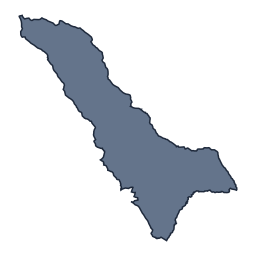 the district of Muereasca, Vâlcea, Romania
{"feature_id": "2599482B47458721645660", "entity_name": "Muereasca", "entity_type": "district", "adm_level": 2, "iso_a3": "ROU", "parent_name": "Romania", "parent_adm1": "Vâlcea", "projection": "robinson", "projection_center": [24.285, 45.218], "detail": "fine", "context": "isolated", "style": "filled", "palette": "slate", "viewbox_px": 256, "rotation_deg": 0, "n_neighbors": 0, "source": "geoboundaries", "source_scale": "gbopen_adm2", "svg_char_len": 5824}
<svg xmlns="http://www.w3.org/2000/svg" viewBox="0 0 256 256"><path d="M215.0,150.1L214.3,149.8L211.6,149.8L210.2,148.9L209.6,148.0L208.6,147.7L207.0,147.9L204.7,147.7L203.6,148.2L203.5,148.7L203.1,148.9L200.9,149.1L198.8,149.0L197.6,149.2L197.3,149.5L197.0,150.5L196.5,150.9L194.2,150.9L193.2,150.6L191.7,150.8L187.9,148.1L187.3,148.1L185.7,148.9L185.1,148.9L184.4,147.3L184.0,146.9L180.3,147.2L178.9,147.1L178.5,147.0L178.3,146.2L178.0,146.0L176.4,146.7L176.1,145.8L173.0,143.4L171.1,142.1L169.7,141.6L169.3,141.1L167.3,139.5L165.8,139.3L165.3,138.8L162.6,138.0L161.7,137.3L159.7,136.3L158.5,136.0L157.1,133.7L156.3,133.0L155.0,129.8L154.0,129.2L153.0,128.2L152.7,126.7L152.1,125.1L151.6,124.6L150.4,124.1L149.6,122.7L149.8,122.0L149.8,121.1L150.1,119.1L150.1,117.9L149.3,117.1L148.4,115.4L147.7,114.8L147.1,113.6L145.4,113.1L145.2,112.8L145.3,112.4L144.2,112.2L142.2,110.8L142.1,110.4L140.6,109.6L140.5,109.4L140.8,109.2L140.2,109.1L138.9,108.4L134.9,108.2L132.4,107.4L131.7,106.7L130.4,106.4L131.0,105.2L130.8,104.3L131.0,103.4L131.9,102.2L131.7,101.4L130.5,99.1L130.7,97.6L130.3,95.8L130.1,95.2L128.7,94.5L125.7,94.0L123.1,92.7L120.2,90.1L118.2,87.6L114.4,85.6L112.7,84.4L109.7,80.2L108.1,79.0L108.0,77.6L107.5,76.5L108.0,75.0L108.1,74.0L108.0,71.3L107.7,69.7L107.0,68.4L105.8,67.5L104.6,63.2L103.4,62.4L102.6,61.5L102.1,60.5L102.1,60.0L102.8,58.8L103.2,58.0L102.8,55.7L102.2,53.8L102.4,53.2L102.2,52.6L101.7,52.0L99.2,50.5L97.1,48.0L95.8,47.4L94.9,46.2L92.5,44.5L92.1,43.4L90.9,41.8L91.1,41.3L92.0,40.6L92.3,39.4L91.4,37.1L88.1,34.3L84.7,32.0L83.3,30.6L81.2,29.1L80.5,28.3L80.0,28.0L78.0,28.3L74.8,26.8L73.6,26.7L71.0,25.8L68.1,23.9L65.9,23.8L62.7,21.5L61.9,21.0L60.5,20.7L60.0,20.7L59.6,21.1L59.0,24.0L57.0,25.1L55.9,25.5L54.9,25.0L53.1,23.1L47.7,20.9L46.3,19.8L43.2,18.7L41.9,17.9L41.7,18.0L41.2,18.5L40.0,19.4L38.5,19.6L33.9,19.4L33.1,19.7L32.7,20.2L31.9,20.5L30.4,19.9L28.9,18.1L26.5,18.4L24.8,18.9L24.4,18.8L23.1,17.3L22.3,16.0L22.2,15.4L19.3,16.1L19.2,16.3L19.4,17.0L20.5,18.9L21.3,21.4L21.6,23.6L21.6,26.5L21.7,27.1L22.4,28.4L21.9,29.8L20.7,31.6L20.8,34.5L21.0,35.3L21.8,36.8L22.4,37.2L23.3,36.9L25.2,37.1L25.5,38.5L25.8,38.9L29.4,41.7L30.9,43.2L34.2,45.2L37.7,48.0L41.1,49.3L41.9,49.9L42.3,50.6L44.1,51.5L46.8,53.9L47.5,54.8L47.5,55.3L47.9,56.0L47.4,57.4L47.5,57.6L48.1,58.0L48.0,58.4L48.2,58.8L47.6,59.3L47.7,59.8L48.5,60.7L50.6,63.8L52.5,65.4L52.7,66.0L53.2,68.8L54.0,70.5L57.3,74.3L57.5,75.6L58.3,77.1L59.7,78.5L61.9,81.7L63.6,83.1L64.0,83.8L64.3,84.7L64.4,85.6L64.0,86.3L63.9,87.6L63.2,89.4L64.6,91.2L65.5,95.1L69.1,98.0L70.4,98.7L72.6,100.4L74.0,102.5L74.2,103.6L76.1,105.8L76.4,106.5L76.5,107.1L77.3,107.9L78.5,110.6L79.5,111.6L80.8,112.0L81.7,112.8L82.1,115.0L82.4,116.1L84.1,117.6L84.2,117.9L85.9,118.8L86.7,118.8L87.8,119.2L89.3,120.3L89.7,120.9L90.3,121.2L91.4,121.3L92.0,123.1L92.4,123.6L95.2,127.0L95.4,127.9L94.4,129.5L93.8,131.6L93.8,132.9L93.5,134.9L93.9,136.2L95.6,139.6L94.1,140.9L94.0,141.6L95.4,143.8L95.7,145.8L97.3,147.1L101.0,148.4L102.4,148.3L102.5,149.1L103.4,149.9L103.7,150.7L104.6,151.2L104.6,152.4L103.4,157.2L101.9,158.9L100.4,159.9L101.8,160.9L102.8,161.3L103.5,162.0L103.7,162.4L103.5,163.1L103.9,163.7L103.7,165.0L105.4,165.4L106.2,165.8L107.7,168.8L107.8,170.3L109.3,170.7L110.6,171.5L111.7,171.6L113.2,173.1L113.6,175.1L114.0,175.8L116.2,177.9L116.8,179.2L117.4,179.6L118.8,179.6L119.4,180.3L119.6,181.0L120.3,182.2L120.5,183.4L120.9,184.1L120.5,185.3L121.2,186.4L121.2,187.1L121.5,187.5L120.8,188.9L120.9,190.1L122.4,189.0L125.4,188.0L128.7,188.5L129.5,187.8L130.3,187.7L130.6,187.4L132.1,187.2L132.9,187.4L131.4,191.9L133.7,192.6L135.2,192.5L134.8,194.6L134.0,196.6L135.9,197.4L137.6,197.7L138.0,199.9L137.2,200.0L137.1,200.3L134.6,200.7L133.5,202.0L132.5,202.0L131.1,201.6L131.7,202.1L133.4,203.1L135.2,204.8L137.6,205.7L138.7,206.7L139.4,207.6L142.5,213.4L143.5,214.5L145.6,218.1L147.6,220.6L148.3,222.1L148.9,223.7L150.4,226.6L150.8,227.5L150.7,227.8L151.2,228.2L152.7,230.0L152.3,231.4L151.8,232.4L151.1,233.2L151.5,234.3L152.0,234.8L152.7,236.4L154.7,237.3L155.7,237.4L155.8,238.0L156.2,238.0L156.8,238.6L157.4,238.5L157.8,238.1L158.2,238.1L158.3,238.3L159.7,238.1L161.0,237.2L166.6,240.6L167.8,238.2L168.7,237.5L169.5,235.7L170.5,234.7L170.5,233.4L172.1,232.6L172.7,231.8L172.6,231.2L173.7,229.8L174.0,228.7L173.9,228.4L174.1,227.0L174.0,226.1L174.4,225.5L174.2,225.0L175.0,224.5L175.3,223.7L175.6,223.5L176.2,223.7L176.4,223.5L176.4,223.1L175.8,222.8L175.6,222.3L175.8,221.4L175.7,221.0L175.3,220.7L175.2,220.4L175.4,219.0L175.9,218.0L176.3,217.9L176.6,217.6L177.4,215.1L178.9,212.3L179.0,211.6L179.6,210.4L180.2,209.8L182.0,209.1L182.3,208.7L182.4,207.1L183.2,206.7L185.3,205.3L185.9,203.3L186.5,203.6L187.2,203.0L187.3,202.9L186.4,202.1L186.7,201.7L187.6,201.3L187.5,200.2L188.3,199.2L188.2,198.1L187.9,197.7L188.3,197.2L189.4,196.7L190.5,197.1L191.7,196.5L191.8,195.8L191.5,194.9L191.9,194.9L193.1,194.2L193.0,193.4L193.5,192.5L193.8,192.9L194.2,192.8L194.7,191.9L195.4,191.8L196.5,190.9L198.6,191.2L198.8,191.8L199.9,191.6L204.0,191.7L204.9,191.0L205.6,191.1L207.2,190.8L207.5,191.1L208.9,190.3L209.5,190.4L209.9,190.1L211.6,191.9L212.5,192.1L212.9,191.9L213.7,191.9L214.7,192.5L215.5,192.5L216.8,192.0L218.4,192.3L220.8,192.1L221.4,191.9L221.4,191.5L222.6,191.6L224.1,192.6L224.8,192.4L226.0,192.6L228.0,192.5L229.2,191.9L229.5,190.8L229.0,189.9L230.0,188.5L230.7,188.3L231.2,188.9L234.9,189.6L236.5,190.2L236.8,189.6L236.7,187.7L235.7,186.5L235.9,185.2L235.8,184.9L235.5,184.8L235.1,184.4L234.7,183.1L234.2,182.6L234.1,181.1L233.2,180.2L232.2,178.6L231.3,178.2L230.7,176.5L228.7,173.9L227.9,171.7L226.5,170.5L225.5,168.7L224.7,167.7L224.1,167.5L221.9,164.6L221.4,163.3L221.1,162.9L219.7,159.9L219.2,159.1L219.3,159.0L218.7,158.3L218.2,155.3L218.0,154.8L217.8,152.4L216.7,151.2L215.6,150.7L215.0,150.1Z" fill="#64748b" stroke="#1e293b" stroke-width="1.5"/></svg>